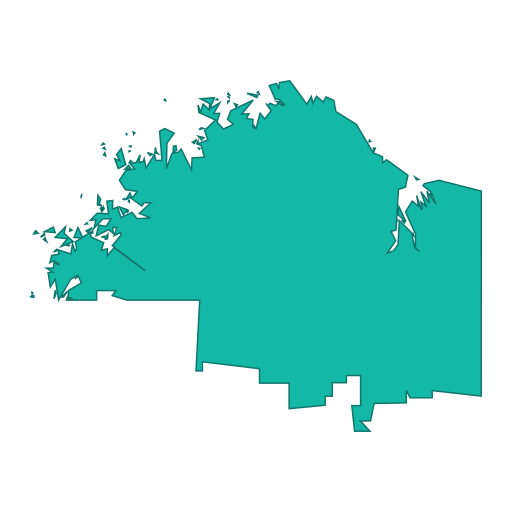 the district of Wyndham-East Kimberley, Western Australia, Australia
{"feature_id": "25037944B52727077839859", "entity_name": "Wyndham-East Kimberley", "entity_type": "district", "adm_level": 2, "iso_a3": "AUS", "parent_name": "Australia", "parent_adm1": "Western Australia", "projection": "mercator", "projection_center": [125.999, -15.512], "detail": "fine", "context": "isolated", "style": "filled", "palette": "teal", "viewbox_px": 512, "rotation_deg": 0, "n_neighbors": 0, "source": "geoboundaries", "source_scale": "gbopen_adm2", "svg_char_len": 6020}
<svg xmlns="http://www.w3.org/2000/svg" viewBox="0 0 512 512"><path d="M346.4,382.7L346.4,375.5L360.6,375.5L360.6,405.6L351.8,405.6L354.6,431.2L369.9,431.2L360.3,420.9L370.5,420.9L374.1,403.4L406.3,402.9L406.3,390.6L410.1,397.8L432.2,397.8L432.2,390.6L481.2,396.1L481.3,191.1L438.9,180.3L424.2,183.8L423.0,185.7L431.1,192.1L436.0,204.3L426.9,191.3L429.4,203.0L420.9,191.7L425.8,206.0L420.9,202.0L422.4,208.8L421.2,209.3L416.7,195.6L418.4,206.3L412.2,201.1L405.5,211.9L415.5,233.9L415.4,247.6L419.3,251.6L414.7,247.6L411.5,232.6L399.3,220.7L398.0,244.5L393.7,250.7L387.2,253.2L395.7,240.8L391.1,231.3L396.0,230.2L398.4,189.4L405.3,187.2L407.9,175.3L386.6,159.8L382.8,162.7L382.5,156.7L373.2,152.8L356.3,124.3L335.9,111.6L333.8,100.4L326.0,96.9L323.3,102.1L316.6,96.3L312.9,103.3L311.3,96.6L306.8,104.2L289.8,80.8L279.5,82.5L278.7,88.2L276.4,83.5L269.3,85.5L275.2,99.2L278.4,98.9L284.5,104.5L282.4,105.8L278.2,103.1L275.6,105.7L270.0,103.2L267.8,105.7L265.8,103.4L271.2,110.7L264.7,118.9L260.1,113.3L256.0,128.7L252.6,126.9L253.0,119.4L246.4,118.5L248.9,113.8L241.8,114.0L253.2,100.1L230.9,110.7L227.5,119.3L233.4,124.3L223.4,129.0L217.0,122.0L219.7,113.3L213.7,113.6L219.8,102.8L209.9,108.6L214.4,97.7L200.5,98.8L209.6,103.6L209.2,109.8L203.1,104.1L200.5,112.2L198.0,104.9L198.9,112.5L215.5,120.0L204.6,130.5L207.9,139.9L197.4,144.0L201.4,145.7L204.3,157.2L192.1,157.9L191.5,169.9L181.1,148.9L178.4,152.3L172.0,153.3L166.4,168.7L166.9,143.3L174.2,133.2L164.8,128.5L159.6,131.2L162.0,160.4L155.9,160.5L154.5,154.3L146.1,168.0L144.2,158.7L143.3,161.4L139.0,162.5L140.1,154.8L136.3,162.5L129.9,163.4L134.7,168.9L125.7,170.7L119.4,180.2L125.4,189.7L137.1,191.4L133.4,196.8L131.0,196.4L130.4,193.6L130.1,193.0L129.8,193.1L125.7,199.9L129.9,197.4L141.9,206.0L144.1,202.7L150.9,202.7L139.3,213.4L150.9,217.9L137.1,218.7L132.1,212.3L121.0,217.6L117.5,207.1L112.5,209.1L112.7,200.5L106.8,201.2L108.5,213.8L97.3,213.2L90.2,220.4L96.0,219.7L94.0,228.3L102.9,218.8L111.0,218.8L106.2,226.4L98.9,225.1L96.1,235.9L108.6,229.6L113.3,233.4L112.6,227.5L116.9,227.7L114.0,235.7L120.5,232.6L121.1,235.0L112.3,245.7L145.2,270.6L114.0,247.9L107.3,255.8L107.4,248.7L101.3,250.4L103.7,242.7L91.4,237.2L90.3,233.6L91.3,231.9L82.5,237.3L78.0,227.5L74.0,237.4L81.8,238.0L75.3,241.8L76.7,248.4L75.1,251.3L72.5,244.1L70.9,254.0L56.6,249.3L53.7,252.1L58.1,250.1L58.8,253.1L59.7,253.7L59.8,253.9L51.7,255.5L49.8,262.7L54.4,260.4L54.5,262.5L55.8,262.4L57.6,263.2L58.5,262.8L58.8,264.8L54.3,262.8L54.5,261.7L54.1,261.5L53.5,268.0L46.5,268.2L52.9,272.1L48.1,272.7L50.3,287.0L55.3,279.2L58.6,300.1L70.6,279.4L78.0,275.0L75.2,279.2L78.0,275.9L81.5,282.9L68.7,290.3L68.0,297.1L71.8,298.4L72.2,299.1L71.7,300.1L96.6,300.1L96.6,290.6L115.8,290.6L112.2,295.6L127.0,300.1L199.7,300.1L196.0,370.9L202.4,370.9L202.4,361.8L259.5,368.7L259.5,383.1L289.1,383.1L289.1,408.7L325.2,405.2L325.2,396.2L332.3,396.2L332.3,382.7L346.4,382.7ZM55.1,237.4L67.3,238.7L61.1,246.5L73.3,241.7L64.1,233.4L65.5,226.7L55.1,237.4ZM118.3,168.5L125.8,164.7L121.2,148.5L116.7,154.6L119.9,160.7L114.7,158.8L118.3,168.5ZM398.0,214.7L405.9,221.6L399.0,206.8L398.0,214.7ZM44.7,231.6L55.2,232.6L53.3,227.1L44.7,231.6ZM127.4,209.7L119.3,206.9L123.3,214.8L127.4,209.7ZM97.4,204.9L101.9,205.8L99.2,203.6L100.7,199.5L97.9,195.3L97.4,204.9ZM92.3,227.7L86.1,230.8L88.0,232.6L92.3,227.7ZM246.9,93.2L256.7,97.5L257.8,95.2L246.9,93.2ZM204.0,137.6L198.2,136.2L201.6,140.1L204.0,137.6ZM63.4,297.1L67.6,291.0L61.7,296.9L63.4,297.1ZM173.1,152.1L176.6,150.4L176.0,145.7L173.5,146.1L173.1,152.1ZM155.5,147.4L154.8,152.9L158.2,153.8L156.2,151.8L155.5,147.4ZM107.9,234.3L105.1,237.5L105.3,239.4L107.5,238.8L107.9,234.3ZM38.2,233.2L35.7,230.7L33.6,233.9L38.2,233.2ZM130.8,168.5L128.6,165.4L124.9,169.1L130.8,168.5ZM31.7,295.8L30.7,296.8L33.8,297.4L33.7,295.6L31.7,295.8ZM196.8,139.6L192.4,142.2L194.1,143.5L196.8,139.6ZM373.6,148.0L373.4,152.3L375.3,148.2L373.6,148.0ZM71.4,300.1L67.2,297.6L66.4,300.1L71.4,300.1ZM103.5,206.8L101.2,212.4L104.2,208.9L103.5,206.8ZM276.5,101.4L282.5,105.2L284.2,104.5L280.9,101.6L276.5,101.4ZM234.4,103.6L236.1,107.0L237.5,104.8L234.4,103.6ZM55.3,290.2L54.0,298.7L55.9,294.0L55.3,290.2ZM147.5,152.5L150.1,155.5L152.4,154.3L147.5,152.5ZM431.1,193.0L429.8,194.4L431.1,195.9L431.1,193.0ZM46.7,241.7L45.0,237.9L43.5,239.4L46.7,241.7ZM40.5,237.2L44.7,235.2L44.2,233.3L43.4,234.5L40.5,237.2ZM201.3,127.7L199.0,129.5L203.6,128.5L201.3,127.7ZM415.0,177.1L416.4,179.8L418.7,179.5L415.0,177.1ZM215.5,99.8L217.8,99.7L217.4,98.9L215.5,99.8ZM103.5,154.9L105.7,155.9L104.8,152.8L103.5,154.9ZM229.7,100.4L227.6,101.4L227.7,102.8L229.7,100.4ZM405.0,223.5L404.0,221.2L401.6,220.3L405.0,223.5ZM128.4,201.4L129.3,202.1L129.1,199.7L128.4,201.4ZM101.4,237.1L103.9,237.1L104.2,236.2L101.4,237.1ZM198.1,143.5L198.0,141.2L196.8,143.5L198.1,143.5ZM100.4,208.4L101.1,209.9L101.9,206.8L100.4,208.4ZM129.6,162.0L131.7,161.3L130.6,160.5L129.6,162.0ZM127.3,212.4L129.0,210.4L127.1,212.2L127.3,212.4ZM101.9,144.8L104.4,144.1L103.2,143.0L101.9,144.8ZM103.1,148.2L105.2,149.1L104.3,147.3L103.1,148.2ZM70.1,228.7L69.7,231.2L71.9,230.3L70.1,228.7ZM92.6,230.4L90.8,233.1L90.9,233.4L92.8,233.0L92.6,230.4ZM164.2,100.1L166.2,101.2L164.9,99.2L164.2,100.1ZM133.2,132.0L133.7,134.4L134.9,132.9L133.2,132.0ZM125.3,198.2L123.2,199.2L124.2,199.7L125.3,198.2ZM257.2,92.5L259.1,93.9L258.2,91.7L257.2,92.5ZM32.4,294.7L32.7,292.6L31.8,292.3L32.4,294.7ZM228.0,96.7L229.2,97.7L228.9,96.3L228.0,96.7ZM398.0,219.5L396.6,220.9L396.6,222.0L398.0,219.5ZM128.9,146.1L130.9,147.0L131.2,146.0L128.9,146.1ZM126.1,134.0L127.1,135.3L126.6,133.6L126.1,134.0ZM227.8,94.4L229.5,94.9L228.2,93.0L227.8,94.4ZM253.8,124.9L253.9,127.2L255.0,127.5L253.8,124.9ZM413.0,233.5L412.3,234.6L413.7,235.8L413.0,233.5ZM129.0,151.6L130.7,150.8L129.0,150.9L129.0,151.6ZM369.0,141.7L370.7,141.4L369.5,140.1L369.0,141.7ZM85.4,224.1L87.6,223.9L86.9,222.7L85.4,224.1ZM82.0,193.8L80.9,196.8L81.2,197.2L82.0,193.8ZM198.4,148.1L199.1,149.3L200.0,148.3L198.4,148.1ZM67.7,245.6L68.7,245.9L70.1,244.9L67.7,245.6Z" fill="#14b8a6" stroke="#0f766e" stroke-width="1.5"/></svg>